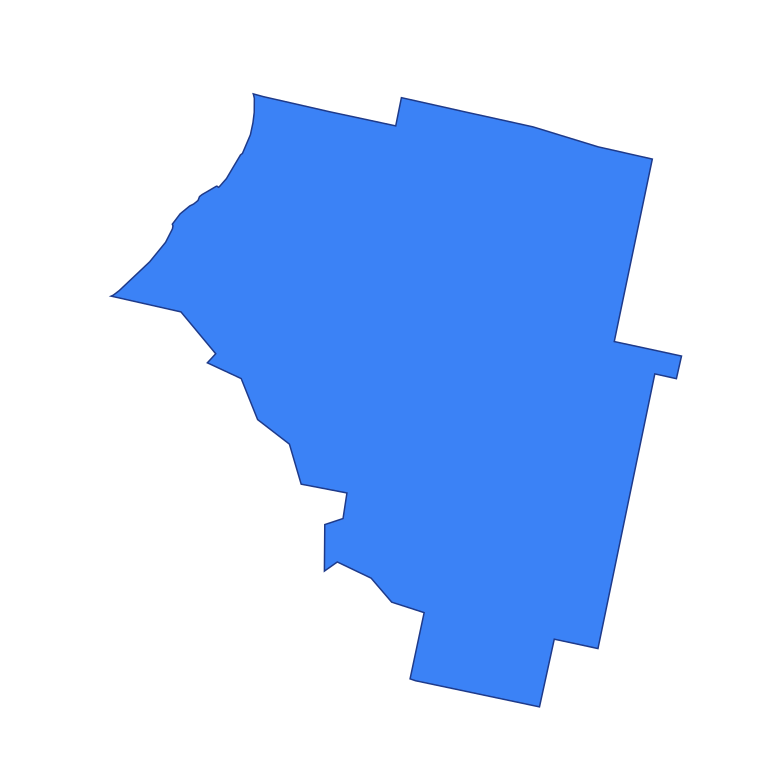 outline of Warrick, Indiana, United States of America, rotated 102°
{"feature_id": "52423323B97453793122167", "entity_name": "Warrick", "entity_type": "district", "adm_level": 2, "iso_a3": "USA", "parent_name": "United States of America", "parent_adm1": "Indiana", "projection": "natural_earth1", "projection_center": [-87.298, 38.062], "detail": "fine", "context": "isolated", "style": "filled", "palette": "blue", "viewbox_px": 768, "rotation_deg": 102, "n_neighbors": 0, "source": "geoboundaries", "source_scale": "gbopen_adm2", "svg_char_len": 936}
<svg xmlns="http://www.w3.org/2000/svg" viewBox="0 0 768 768"><g transform="rotate(102 384 384)"><path d="M294.8,98.8L294.6,167.6L247.2,167.8L108.2,168.3L107.5,224.0L101.5,291.8L101.0,359.4L100.3,426.5L129.1,426.2L129.0,494.4L128.0,561.9L127.4,572.2L128.3,571.7L131.6,570.2L145.3,567.4L155.7,566.5L168.0,566.5L187.9,570.4L189.8,572.0L202.1,576.2L215.8,580.8L225.1,586.0L225.5,586.3L226.0,586.8L225.2,588.6L225.7,589.4L236.5,601.3L239.0,603.4L243.2,604.1L247.6,607.7L250.2,611.0L259.8,618.7L271.7,624.3L273.2,623.3L276.2,623.2L290.8,627.1L312.6,638.3L312.9,638.4L347.8,662.5L353.4,667.3L354.8,669.2L355.7,597.6L389.4,554.9L400.0,561.2L408.4,524.8L445.1,500.2L462.5,464.0L499.2,444.2L498.3,397.6L524.1,396.1L533.8,412.7L579.4,403.4L567.8,392.7L576.6,356.2L595.8,331.1L599.3,297.2L667.0,297.2L667.7,291.4L667.5,164.8L598.2,164.4L598.3,119.7L317.8,121.2L318.0,99.1L294.8,98.8Z" fill="#3b82f6" stroke="#1e3a8a" stroke-width="1.5"/></g></svg>